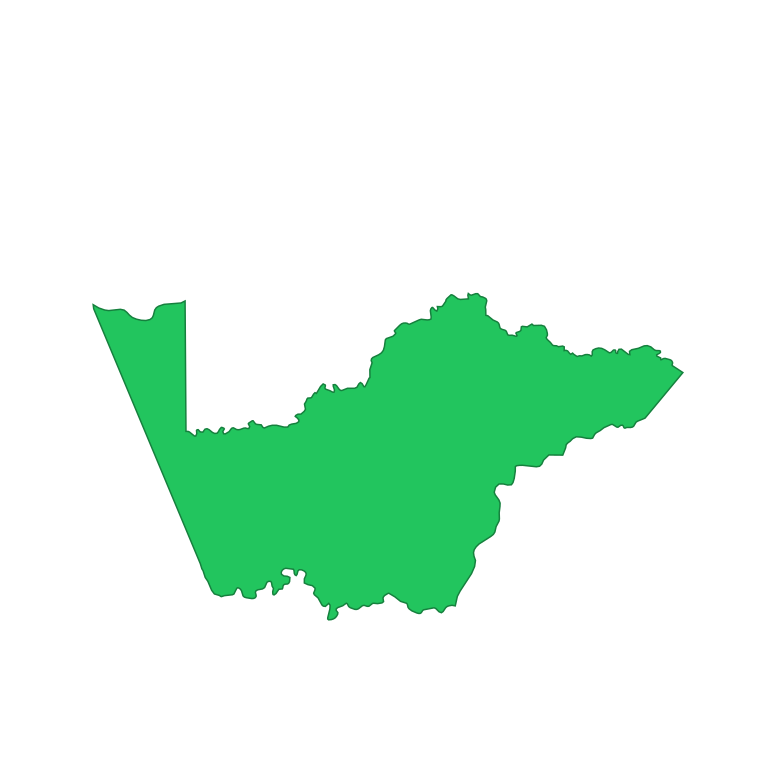 outline of Amazonas, rotated 147°
{"feature_id": "COL-1283", "entity_name": "Amazonas", "entity_type": "Commissiary", "adm_level": 1, "iso_a3": "COL", "parent_name": "Colombia", "parent_adm1": "", "projection": "mercator", "projection_center": [-71.672, -2.052], "detail": "fine", "context": "isolated", "style": "filled", "palette": "green", "viewbox_px": 768, "rotation_deg": 147, "n_neighbors": 0, "source": "natural_earth", "source_scale": "10m", "svg_char_len": 6171}
<svg xmlns="http://www.w3.org/2000/svg" viewBox="0 0 768 768"><g transform="rotate(147 384 384)"><path d="M640.6,300.3L640.9,304.9L639.2,314.4L639.3,319.1L637.4,326.1L637.4,328.2L635.9,333.4L586.5,605.2L584.7,608.9L581.8,603.1L577.9,598.1L574.9,595.5L564.4,590.2L561.7,587.5L560.6,584.1L560.0,580.4L558.8,576.8L556.3,573.2L552.9,569.7L549.1,566.9L545.1,565.5L542.2,565.8L540.0,567.2L536.0,570.9L533.3,572.0L530.6,572.0L525.1,570.6L510.1,562.5L505.6,562.0L575.9,452.1L574.1,450.9L573.3,449.7L571.3,443.6L570.2,442.9L568.1,444.3L566.5,447.2L565.6,447.4L564.7,446.9L564.2,443.9L562.2,442.3L558.7,443.6L556.8,442.9L555.6,441.0L554.2,436.7L552.9,434.7L550.7,433.6L548.7,434.3L546.6,435.5L544.1,436.2L543.6,435.9L542.4,434.2L542.4,433.3L545.1,431.9L545.6,429.6L544.3,428.6L539.9,428.4L536.4,429.7L535.3,429.8L534.1,429.2L532.5,426.2L531.3,425.1L529.5,424.2L525.8,423.4L524.2,422.6L522.9,421.1L521.6,420.3L519.8,421.4L519.5,424.5L518.7,424.9L514.5,424.9L513.8,424.4L513.5,420.6L512.8,419.5L509.2,416.6L509.2,413.6L508.4,412.3L503.8,411.5L500.1,410.2L496.5,407.8L491.2,402.2L488.1,400.3L485.9,401.2L483.4,400.7L479.0,398.8L476.0,398.8L475.0,400.2L475.2,402.6L476.1,405.2L475.2,405.7L472.7,405.6L470.1,404.0L465.9,404.5L463.6,405.6L461.6,410.5L458.7,411.9L456.7,413.4L455.6,413.7L453.3,412.4L452.2,412.1L448.5,413.9L446.6,414.3L445.8,412.9L438.5,416.5L435.0,417.2L433.8,415.1L434.2,414.3L435.6,413.0L435.9,412.1L435.5,411.1L433.1,408.0L431.3,404.8L430.3,404.4L428.8,405.9L427.8,409.7L427.0,411.0L425.4,410.2L424.7,408.6L424.5,404.3L424.0,402.4L422.9,401.5L417.0,400.3L410.9,396.4L408.5,396.0L405.0,397.8L403.0,398.1L402.2,396.3L402.3,392.7L401.5,392.1L399.3,393.2L393.3,397.0L392.3,397.0L388.0,403.8L382.4,408.3L382.0,410.6L380.7,411.9L378.9,412.3L372.4,411.4L369.1,411.5L366.2,412.6L363.3,415.1L358.8,420.3L357.3,420.8L350.6,419.2L349.6,419.3L347.0,419.9L346.4,420.3L346.5,422.4L346.2,423.1L338.8,424.7L336.5,424.9L334.6,424.5L332.8,423.5L331.5,422.3L330.9,421.0L330.0,420.2L319.5,418.6L317.5,418.0L312.9,414.2L311.0,413.2L309.2,412.9L307.9,414.6L305.2,420.2L303.9,421.4L302.2,422.0L301.5,421.7L300.9,418.0L300.0,416.4L297.9,417.7L297.1,419.9L294.4,418.0L292.7,417.4L287.2,419.7L286.0,420.9L284.5,421.4L279.2,422.3L278.4,421.7L277.4,419.9L275.7,415.2L273.9,413.3L266.8,409.4L265.3,412.8L264.0,414.0L263.3,411.9L262.4,410.9L257.9,409.8L256.2,408.7L255.5,404.8L253.8,403.2L252.2,400.5L252.0,399.5L252.5,397.8L257.2,393.3L258.1,391.1L261.2,386.1L259.8,384.8L257.7,378.3L255.2,374.3L254.8,372.7L255.0,371.3L256.2,367.8L255.6,366.0L253.2,363.2L252.7,361.7L253.4,357.9L252.7,356.8L249.9,355.1L247.2,352.0L246.1,352.0L245.7,354.7L245.1,355.1L241.6,354.2L240.0,354.4L237.6,357.2L236.5,357.0L232.8,353.9L227.3,353.7L226.7,351.6L220.0,347.5L218.0,345.0L218.2,341.0L219.4,337.6L220.3,336.0L222.8,334.5L222.9,332.6L221.8,328.3L221.5,324.8L220.7,323.7L218.5,322.1L217.4,320.3L213.5,318.5L212.6,317.0L214.7,313.9L213.1,313.2L212.0,311.7L211.7,308.8L211.2,307.2L209.0,307.2L208.7,305.6L207.1,301.9L204.7,301.2L202.8,299.8L199.2,299.0L197.3,297.9L195.8,296.4L195.0,294.5L193.4,295.1L191.8,297.7L190.1,298.7L187.2,298.3L184.4,297.3L182.0,295.3L180.2,292.4L178.0,287.4L176.3,286.8L173.1,287.5L171.7,286.7L171.5,285.9L172.5,284.1L172.4,283.2L171.5,282.5L170.3,283.9L168.0,285.1L165.9,283.9L163.0,275.8L161.8,274.7L160.3,277.7L157.5,277.8L151.2,275.4L145.1,274.3L142.3,272.8L140.0,269.8L138.6,265.2L137.5,263.8L135.0,262.1L134.3,261.1L135.0,259.9L136.3,259.7L139.4,260.0L140.0,258.8L137.8,255.2L138.6,253.6L137.8,253.2L136.0,253.2L134.3,252.4L130.9,248.6L130.1,247.1L130.2,245.1L130.7,244.2L132.0,243.1L132.2,242.4L127.1,230.8L183.7,213.2L191.6,214.7L193.4,214.7L197.7,212.6L199.2,212.6L201.0,213.3L204.0,215.3L205.8,215.7L206.4,216.2L206.5,216.9L206.2,218.8L206.4,219.5L207.9,220.4L211.3,220.3L212.3,221.2L214.3,225.6L215.6,226.4L223.3,227.6L227.9,227.2L232.6,227.5L234.8,227.0L238.5,225.0L240.2,225.6L243.7,228.2L247.5,232.0L251.5,235.0L255.6,235.4L259.1,234.6L261.8,234.5L264.2,233.9L266.6,231.4L272.8,227.0L284.4,234.7L291.6,233.3L295.3,230.9L298.3,230.3L301.3,231.6L312.1,240.4L314.7,242.0L317.4,243.3L318.9,243.1L321.3,239.5L326.2,233.9L329.5,231.1L332.0,230.1L335.3,231.9L338.4,235.2L342.0,237.5L346.6,236.7L350.5,233.2L351.1,230.6L350.8,224.1L351.5,220.9L353.4,218.2L357.5,213.3L360.7,208.0L362.2,206.4L367.7,203.3L371.6,199.5L374.2,198.3L377.3,198.0L391.3,198.1L395.3,197.3L398.6,195.9L400.8,193.8L402.3,190.6L403.4,186.2L407.4,181.6L413.9,177.3L432.9,168.9L438.2,165.9L445.1,159.1L447.5,161.4L450.6,162.7L452.4,163.0L454.1,162.8L458.3,161.0L460.4,160.9L461.9,163.0L462.8,167.3L463.8,169.0L473.9,173.1L475.1,172.9L477.3,171.9L478.6,171.9L479.9,172.7L481.2,174.1L484.2,178.6L485.4,181.8L485.5,183.5L484.4,186.6L484.5,187.8L488.5,192.7L490.8,199.6L493.9,205.9L494.8,206.2L498.5,206.3L500.1,205.9L501.4,205.1L502.9,201.7L504.9,201.5L509.0,203.3L512.0,205.7L513.1,206.2L517.7,205.8L519.2,206.7L521.2,209.2L522.7,209.8L527.9,209.4L529.6,209.8L531.2,210.9L534.1,214.7L534.8,216.6L534.5,219.8L535.0,220.7L539.4,220.5L544.7,221.7L546.7,221.3L547.4,220.2L547.2,217.4L548.3,216.1L550.4,215.0L552.2,214.5L554.2,214.5L556.5,215.1L558.9,216.4L559.2,217.6L558.3,218.8L551.9,224.8L549.7,227.8L549.8,230.1L554.3,229.4L555.9,230.8L556.4,232.5L555.8,240.5L557.2,245.3L556.9,246.9L554.1,248.9L553.0,250.2L553.9,253.9L557.1,257.2L559.2,260.5L556.9,264.0L553.9,265.9L552.7,267.1L552.3,268.8L552.9,270.8L554.3,273.0L556.2,274.4L558.0,274.1L560.6,271.7L562.0,271.2L562.6,272.5L562.4,274.0L561.0,276.7L560.9,278.0L566.8,283.0L568.8,283.5L570.9,283.2L572.7,282.1L573.6,280.2L572.5,277.5L569.8,275.4L568.3,273.0L570.8,269.7L572.5,268.8L573.8,268.8L576.2,270.1L577.6,270.2L578.9,269.4L579.9,268.2L580.9,267.5L584.0,269.1L588.7,267.1L591.1,267.0L591.7,267.9L591.2,269.2L590.4,270.5L588.1,272.7L587.9,275.5L586.5,278.7L586.5,280.1L588.1,281.3L590.1,281.5L595.0,278.3L597.5,278.3L602.1,280.2L604.3,280.2L605.4,279.2L606.3,276.5L607.1,275.4L608.7,274.9L610.2,275.2L611.7,276.0L615.9,279.8L617.2,281.4L617.6,283.1L616.1,288.3L616.2,290.3L617.0,292.2L617.9,292.9L619.0,292.7L624.3,289.6L625.9,289.8L633.1,293.4L636.1,294.2L636.7,294.9L637.1,296.2L640.6,300.3Z" fill="#22c55e" stroke="#15803d" stroke-width="1.5"/></g></svg>